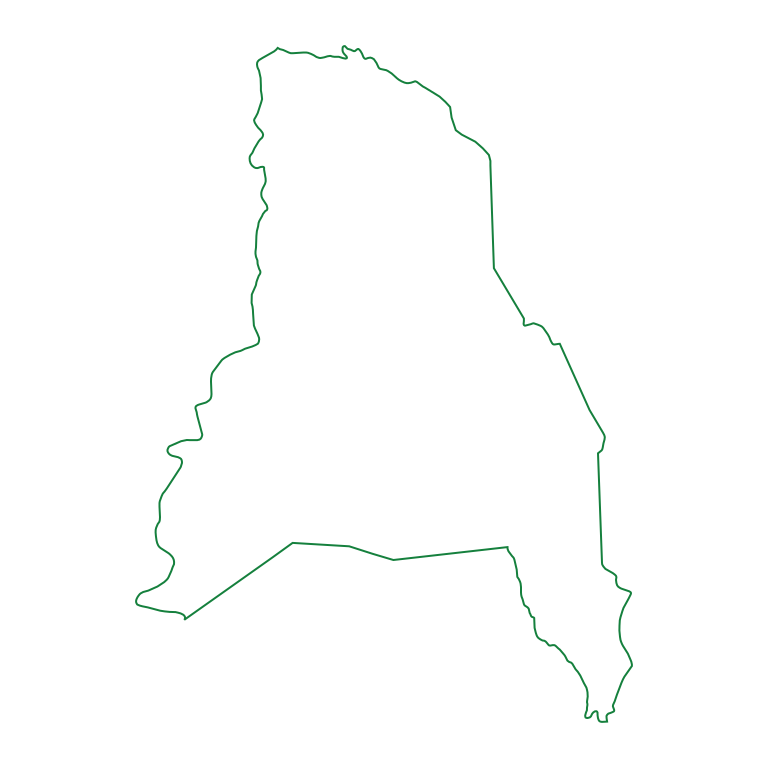 the district of Goascoran, Valle, Honduras
{"feature_id": "27666195B50126770089567", "entity_name": "Goascoran", "entity_type": "district", "adm_level": 2, "iso_a3": "HND", "parent_name": "Honduras", "parent_adm1": "Valle", "projection": "mercator", "projection_center": [-87.718, 13.59], "detail": "fine", "context": "isolated", "style": "outline", "palette": "green", "viewbox_px": 768, "rotation_deg": 0, "n_neighbors": 0, "source": "geoboundaries", "source_scale": "gbopen_adm2", "svg_char_len": 6035}
<svg xmlns="http://www.w3.org/2000/svg" viewBox="0 0 768 768"><path d="M589.6,410.1L559.8,343.8L558.5,343.9L554.6,344.5L553.5,344.4L552.8,344.0L552.1,343.2L551.4,342.0L550.4,340.0L549.3,337.1L547.8,334.4L543.4,328.1L542.0,326.7L540.7,325.9L537.6,324.6L533.7,323.3L532.5,323.5L530.7,324.2L525.4,325.6L524.7,325.6L524.1,325.2L523.8,324.7L523.6,323.9L523.9,321.0L523.9,318.5L493.9,268.2L490.4,165.6L490.4,160.9L488.9,155.0L482.9,148.4L475.3,141.7L461.7,134.6L455.8,130.2L451.6,117.6L450.1,107.0L445.5,102.0L439.6,96.6L425.3,87.8L422.9,86.5L417.0,82.0L415.9,81.5L415.1,81.3L411.0,82.7L408.6,83.1L406.6,83.1L404.5,82.6L401.5,81.3L398.8,79.7L397.0,78.3L391.7,73.5L387.9,71.0L386.3,70.2L380.7,69.0L379.5,68.5L378.6,67.5L376.5,63.0L373.9,59.2L372.0,58.1L370.3,57.6L368.0,58.0L365.9,58.8L365.2,58.8L364.6,58.5L363.9,57.8L363.3,56.8L362.0,53.6L360.6,51.2L359.4,49.7L358.4,49.0L357.9,49.0L357.3,49.2L355.0,51.0L354.5,51.1L353.8,51.1L352.3,50.5L350.7,49.7L347.5,48.8L344.9,46.1L344.2,46.1L343.5,46.4L342.8,47.1L342.6,48.0L342.5,50.0L342.8,51.7L343.8,53.5L346.5,56.4L346.9,57.4L346.9,57.9L346.6,58.3L345.4,58.6L342.9,58.1L338.8,56.8L334.4,56.8L332.3,56.5L331.1,56.1L330.1,55.9L327.5,56.3L324.3,57.3L321.8,57.8L320.4,58.0L319.2,57.9L316.5,57.0L313.7,55.2L311.0,53.9L308.0,52.8L306.1,52.5L303.7,52.5L293.1,53.2L290.8,53.2L288.9,52.6L283.2,50.0L279.7,49.1L277.7,47.9L276.2,49.7L274.1,51.4L262.4,58.0L259.0,60.1L257.8,61.4L257.2,62.6L257.0,64.4L257.3,66.6L257.7,67.9L259.0,70.6L260.6,78.0L260.9,85.9L260.9,90.4L261.6,94.5L262.1,99.1L261.2,102.3L257.7,113.1L255.8,116.8L254.3,119.3L254.1,120.4L254.7,122.5L256.1,124.9L258.1,127.7L260.5,130.1L262.1,132.2L262.6,133.0L263.1,134.6L262.9,136.0L262.3,137.3L261.8,138.0L260.2,139.4L258.6,141.4L254.4,148.4L252.4,152.8L250.4,155.4L249.8,156.7L249.6,158.3L249.8,160.9L250.6,163.4L252.0,165.5L254.0,167.2L255.4,167.9L257.1,168.1L258.2,167.9L260.6,167.0L262.6,166.8L263.6,167.0L264.1,167.7L264.1,169.8L265.6,178.4L265.7,181.2L265.4,182.5L265.0,183.9L262.7,188.4L261.7,191.0L261.3,192.7L261.3,194.8L261.6,196.8L262.6,199.0L266.7,205.3L267.1,206.8L267.4,208.3L267.2,209.4L266.9,210.0L266.5,210.4L265.4,210.9L263.0,213.9L262.0,216.2L259.4,220.8L258.6,222.9L258.1,226.4L256.9,231.0L256.4,235.9L256.0,247.5L255.5,251.5L255.5,253.8L256.0,256.8L257.4,260.4L257.6,263.8L258.0,265.3L259.1,268.8L260.3,271.2L260.4,272.4L260.1,273.7L258.7,275.9L257.1,280.1L256.4,282.3L256.0,284.8L255.7,285.7L251.8,294.5L251.6,303.0L252.5,306.6L252.9,309.8L253.1,313.9L253.9,325.5L255.0,328.5L257.5,333.9L259.0,337.7L259.2,339.2L258.9,341.5L258.4,342.8L257.9,343.7L255.7,345.0L252.2,346.5L245.1,348.7L242.1,350.2L240.5,350.9L235.3,352.3L230.1,354.7L224.6,357.9L222.3,359.6L221.1,361.0L212.9,371.9L212.2,373.2L211.7,374.7L211.1,378.3L211.0,381.5L211.5,394.1L211.3,396.4L210.7,398.4L210.0,399.4L209.1,400.4L206.7,402.1L205.7,402.6L198.9,404.6L197.6,405.1L196.1,406.1L195.7,406.7L195.5,407.4L195.5,408.4L196.7,412.3L197.0,414.4L197.5,416.7L202.2,434.3L202.2,435.2L201.8,436.6L201.3,437.8L200.6,438.8L199.5,439.6L197.4,440.1L189.3,440.1L186.8,440.0L181.1,441.2L169.8,446.1L168.9,446.8L168.1,448.2L167.5,449.8L167.5,451.1L168.0,452.4L168.9,453.7L170.3,454.9L172.2,455.8L178.1,457.2L180.3,458.3L181.1,459.0L181.6,460.0L181.9,461.2L182.0,462.9L180.8,466.8L180.4,467.6L166.9,488.3L164.9,491.1L162.8,493.6L161.6,496.2L159.8,501.2L159.5,503.0L159.5,506.7L160.0,517.2L159.8,520.1L159.4,521.7L157.7,524.1L156.2,527.7L155.7,529.7L155.6,532.4L155.9,535.9L156.5,540.3L157.2,543.1L158.2,545.4L159.1,546.7L160.5,548.0L168.7,553.3L170.2,554.6L172.0,556.5L173.1,558.2L173.8,560.0L174.1,562.0L174.0,564.2L172.6,567.3L171.4,570.8L168.6,577.1L167.8,578.5L166.6,579.9L164.2,582.1L157.5,586.5L148.3,590.6L143.2,592.0L140.6,593.4L139.6,594.3L138.5,595.7L137.5,597.2L136.7,598.8L136.3,599.9L136.1,600.9L136.1,602.0L136.4,603.0L136.9,604.0L137.4,604.6L139.8,605.6L142.4,606.3L147.8,607.4L160.2,610.7L164.7,611.4L169.6,611.9L175.6,612.1L178.1,612.7L180.6,613.4L183.2,614.7L184.0,615.4L184.6,616.2L185.0,617.1L185.1,618.1L184.8,619.0L184.3,619.8L272.8,557.2L292.6,542.9L349.2,546.3L372.9,553.9L393.4,560.0L507.5,547.1L507.6,549.0L508.5,551.3L512.0,556.0L513.5,557.6L513.9,558.4L514.4,559.7L516.7,569.6L517.3,576.8L517.6,577.4L518.6,578.7L519.3,580.1L520.1,581.9L520.6,583.6L521.0,587.1L521.0,592.7L521.2,594.9L521.6,596.7L522.6,599.3L523.9,604.1L524.6,605.4L527.5,607.3L528.6,608.5L528.8,609.1L529.7,613.0L530.4,614.2L530.9,615.6L531.3,616.3L531.8,616.8L533.7,617.5L534.2,618.0L534.6,627.9L535.8,632.8L536.6,635.2L537.2,636.5L538.4,638.0L540.4,639.4L542.5,640.5L544.2,640.7L545.5,641.4L546.3,642.2L548.5,644.9L549.1,645.4L550.2,645.6L552.9,645.1L554.6,645.2L555.7,645.9L558.4,648.5L559.8,649.6L564.4,655.0L565.3,656.4L567.4,660.6L569.1,661.9L571.1,662.6L572.3,663.7L575.6,669.3L577.8,671.8L580.3,675.6L583.9,683.1L586.4,687.6L587.0,689.8L587.5,692.3L587.7,696.6L587.2,700.2L587.0,702.1L587.4,704.0L587.4,705.1L587.0,707.6L586.9,710.3L586.0,712.5L585.2,715.4L585.3,716.7L585.6,717.5L586.4,717.9L587.5,718.0L588.8,717.7L589.9,717.3L590.9,716.4L592.2,713.7L593.3,712.4L594.8,711.4L596.2,711.2L597.0,711.6L597.5,712.5L597.6,715.6L598.0,718.1L598.6,719.9L599.3,721.0L600.3,721.6L601.9,721.9L607.1,721.6L606.6,718.3L606.5,716.4L606.6,715.7L607.3,714.6L608.4,713.6L610.6,712.9L612.5,712.1L613.7,711.5L614.1,711.0L614.2,710.5L614.1,709.7L612.9,706.4L613.0,705.2L613.6,703.7L614.7,701.3L616.9,694.8L621.5,682.7L623.0,679.3L624.4,676.7L631.9,666.0L631.9,664.4L631.3,661.7L630.2,659.0L627.9,653.7L623.0,645.9L622.0,644.0L621.1,641.8L620.5,639.9L620.0,636.8L619.4,630.6L619.5,625.6L619.8,620.3L620.5,617.2L622.4,611.0L623.5,607.9L628.5,598.8L630.5,594.8L630.9,593.8L631.0,593.2L630.9,592.7L630.5,592.1L629.2,591.3L621.3,588.6L619.6,587.7L618.1,586.6L617.1,585.2L616.4,583.0L616.0,579.9L616.4,577.3L616.2,576.3L615.9,575.7L614.9,574.7L612.8,573.1L605.4,568.9L603.4,566.5L602.5,565.0L602.2,564.4L602.0,562.9L598.0,453.3L601.5,450.5L602.2,449.5L602.7,447.7L603.5,443.2L604.5,439.6L604.8,437.1L604.3,435.2L603.0,432.7L589.6,410.1Z" fill="none" stroke="#15803d" stroke-width="2"/></svg>